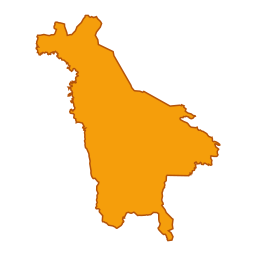 Bere, Worodougou, Ivory Coast
{"feature_id": "98640826B43857880322183", "entity_name": "Bere", "entity_type": "district", "adm_level": 2, "iso_a3": "CIV", "parent_name": "Ivory Coast", "parent_adm1": "Worodougou", "projection": "albers", "projection_center": [-6.135, 8.377], "detail": "fine", "context": "isolated", "style": "filled", "palette": "amber", "viewbox_px": 256, "rotation_deg": 0, "n_neighbors": 0, "source": "geoboundaries", "source_scale": "gbopen_adm2", "svg_char_len": 5645}
<svg xmlns="http://www.w3.org/2000/svg" viewBox="0 0 256 256"><path d="M37.6,35.3L37.5,36.0L37.0,36.7L37.3,37.3L37.9,37.6L37.8,39.0L36.7,41.9L36.8,42.9L36.4,43.6L36.8,44.3L37.6,45.0L37.2,44.9L36.9,45.9L37.9,46.0L38.5,46.9L37.9,46.8L37.1,47.6L36.4,47.6L36.2,48.7L37.4,49.7L37.8,51.2L37.4,52.5L38.4,52.7L39.2,54.8L40.4,54.9L40.8,53.6L41.6,54.0L42.1,53.6L41.9,53.0L42.9,52.4L44.4,53.0L44.8,53.0L45.5,52.2L47.3,52.5L47.8,53.4L47.8,54.2L48.4,54.6L49.3,54.0L50.4,54.4L50.6,54.2L50.1,53.7L50.5,53.1L53.1,51.9L53.5,52.4L53.2,53.4L53.8,53.8L54.0,53.7L54.1,52.3L55.4,51.4L55.7,52.0L56.8,52.3L57.1,53.2L57.9,53.6L57.6,54.5L57.9,55.2L57.0,55.6L56.9,56.1L57.4,56.8L58.0,57.0L58.5,57.9L58.9,58.0L59.3,58.6L60.8,58.1L61.5,58.8L61.8,59.9L64.1,60.2L66.5,62.5L66.6,63.5L67.6,62.8L68.3,64.8L69.1,65.6L69.9,65.9L69.4,67.9L68.0,67.2L67.5,67.5L67.4,68.2L68.8,68.2L69.1,69.0L69.8,69.5L69.9,70.0L70.6,70.3L71.5,71.3L72.7,70.4L73.2,68.8L74.0,68.5L74.6,68.7L75.7,69.8L75.6,70.6L77.6,71.6L78.1,72.5L77.9,73.0L76.7,73.5L76.4,74.5L76.6,74.8L78.0,75.4L78.2,75.8L75.9,77.2L75.6,78.3L75.9,79.6L75.8,81.0L74.2,81.5L74.3,81.7L75.5,81.8L76.0,82.6L75.5,82.9L74.6,82.5L73.5,82.7L72.9,81.5L72.4,81.3L72.5,82.4L72.1,83.5L71.4,82.9L71.6,82.2L70.6,82.1L70.2,83.3L69.7,83.7L69.7,84.6L69.9,84.9L72.0,85.6L72.2,86.1L72.0,86.5L71.2,86.6L69.9,87.3L68.2,87.2L68.7,87.9L68.9,89.0L69.6,87.9L70.6,88.2L70.9,88.8L70.9,90.0L72.0,91.1L72.4,92.5L70.1,93.6L69.4,93.6L69.2,94.4L68.4,94.7L68.2,96.0L69.9,95.8L71.5,93.9L72.3,93.9L72.2,95.7L73.6,97.8L72.0,98.9L72.1,99.2L73.1,99.7L73.0,100.1L71.7,100.9L70.8,101.1L71.1,101.9L71.9,102.6L72.3,101.7L73.0,101.8L73.7,103.8L73.9,106.0L74.9,107.8L74.4,109.5L73.6,109.8L72.9,111.0L72.5,110.9L72.0,109.8L71.4,109.3L70.5,109.7L70.6,110.4L69.9,111.1L69.8,111.7L70.2,112.9L70.6,113.2L73.4,113.7L74.2,114.6L73.8,117.8L75.8,119.0L75.7,120.1L76.2,120.9L76.2,122.7L77.7,122.1L79.5,122.3L82.4,123.1L84.1,126.4L82.8,127.2L82.7,127.8L83.9,128.3L85.6,128.2L84.7,129.2L83.9,129.5L83.7,130.0L84.2,130.4L85.2,130.6L84.5,132.7L84.9,134.7L84.8,137.1L85.2,139.3L84.5,140.8L85.2,143.3L85.0,144.9L85.5,147.7L86.7,148.7L88.8,153.5L89.2,155.7L89.0,155.9L90.1,161.0L89.8,163.6L91.0,170.8L90.9,173.1L91.4,175.4L92.0,176.9L93.1,178.5L93.7,178.6L95.0,178.3L97.8,181.7L98.8,182.2L98.5,183.8L96.8,186.2L96.7,190.1L98.1,193.3L97.0,195.3L97.1,198.1L96.6,199.3L96.6,200.5L97.3,202.5L96.4,204.1L96.7,206.5L95.8,207.3L95.7,207.9L96.4,208.8L98.6,208.7L99.7,209.6L99.3,210.9L99.4,211.9L102.7,215.7L102.3,220.5L102.6,221.7L104.3,221.9L105.4,222.8L106.3,222.8L108.6,225.2L112.7,225.9L115.2,227.1L116.4,228.2L117.1,228.2L121.2,225.4L122.3,223.8L122.3,223.1L123.4,222.2L123.2,221.5L123.7,221.4L123.7,221.1L122.6,219.4L123.0,217.4L123.2,217.1L123.8,217.0L124.2,218.1L124.6,218.0L124.3,217.0L125.0,216.1L126.5,212.9L128.4,212.3L130.3,213.1L131.5,213.2L133.8,212.2L134.3,212.4L137.6,215.5L139.0,215.3L141.6,215.4L145.7,215.1L146.7,214.8L147.7,215.1L149.3,214.7L150.3,214.7L151.1,214.4L151.5,213.8L152.7,213.1L153.2,212.4L157.0,212.6L158.7,213.9L158.8,219.7L159.2,221.7L160.3,223.8L159.2,226.8L158.2,227.8L158.2,228.6L159.1,230.1L162.5,233.7L163.8,234.5L165.1,234.2L166.0,235.2L166.5,236.4L166.7,237.6L167.4,238.3L167.2,239.4L167.9,240.6L171.9,240.1L173.0,236.7L171.0,232.7L168.4,230.8L172.9,228.7L172.3,224.8L173.0,219.2L172.1,218.6L166.2,212.6L165.0,209.7L161.8,205.4L162.3,204.7L163.2,204.2L163.0,203.0L162.1,201.5L161.7,199.8L162.5,196.1L162.0,192.9L162.9,190.5L162.8,189.8L163.5,188.8L163.6,188.2L164.5,187.6L164.4,186.5L164.8,185.5L164.8,184.5L164.3,182.9L164.7,182.1L166.2,180.7L166.4,176.2L167.1,175.3L188.8,175.7L189.3,174.8L190.8,174.6L190.7,174.0L190.1,173.4L190.1,173.1L191.8,173.5L192.4,170.8L194.4,170.2L194.7,169.3L194.3,168.1L194.6,167.8L195.4,168.1L195.9,167.8L196.0,167.3L195.4,165.8L195.7,165.4L195.6,164.4L194.5,163.1L194.7,162.7L196.1,162.0L196.5,162.3L197.1,163.9L199.4,163.6L200.4,162.4L201.2,163.0L201.4,164.2L201.8,164.4L203.5,164.5L204.2,163.2L205.1,163.2L208.2,165.0L208.2,164.5L208.6,164.2L210.2,165.2L211.5,165.0L211.8,164.7L211.5,162.3L211.9,160.4L210.6,158.1L211.0,156.5L210.8,156.1L211.2,155.9L213.9,156.4L216.7,156.4L217.2,156.0L218.0,154.8L217.4,153.6L217.2,151.7L217.7,150.3L218.6,149.5L218.6,149.1L215.8,146.9L214.8,144.1L216.0,143.8L218.0,145.1L218.6,145.2L219.7,145.2L219.8,144.8L219.6,144.3L217.6,142.7L215.8,141.8L214.4,141.4L213.8,141.7L212.7,141.2L212.4,140.7L212.4,138.8L212.0,137.4L211.7,137.6L208.9,136.5L207.8,135.4L206.8,133.7L202.9,131.3L201.8,131.2L200.2,130.0L199.4,130.3L198.5,130.2L198.3,129.7L197.6,129.1L197.2,127.2L195.6,127.7L191.2,127.2L189.5,125.9L188.1,123.9L186.9,122.8L183.9,121.6L180.5,119.7L180.0,118.8L180.3,117.8L180.7,117.6L183.1,117.6L183.3,116.8L183.7,116.5L185.1,116.8L186.0,116.2L188.5,116.9L189.2,117.8L190.7,118.6L191.7,118.7L193.1,118.1L194.2,116.6L195.3,116.2L195.1,115.8L193.0,115.4L191.3,114.0L187.9,113.0L185.3,111.2L186.0,108.9L183.9,107.4L183.8,106.4L184.1,105.9L181.8,104.9L181.8,105.6L181.4,105.7L179.9,105.2L170.1,106.1L143.8,91.4L142.7,92.3L139.9,91.2L134.8,90.8L133.9,90.3L131.7,87.6L130.8,85.1L113.9,55.7L113.1,51.6L98.4,44.5L97.8,39.8L95.3,35.3L96.5,32.0L100.3,27.1L101.6,23.5L100.4,21.4L97.5,18.6L96.5,16.7L96.0,17.0L95.5,16.9L95.2,17.3L94.1,17.2L93.9,17.6L93.3,17.6L91.7,16.6L90.3,17.3L89.3,16.8L88.2,15.4L85.6,15.4L85.2,15.7L84.9,17.2L83.6,18.5L81.4,22.5L76.9,26.9L76.1,29.3L75.2,31.1L74.4,31.8L71.7,34.7L70.6,34.6L67.3,35.4L66.8,32.6L64.6,26.5L64.5,24.1L63.8,23.8L59.8,22.8L59.2,22.9L56.9,22.1L55.4,22.3L54.8,23.7L55.0,24.8L54.1,26.2L54.1,28.0L54.9,28.8L56.4,29.4L55.0,33.5L54.2,34.5L53.2,34.8L51.3,34.8L49.6,35.6L47.8,35.4L43.9,34.5L40.1,35.3L37.6,35.3Z" fill="#f59e0b" stroke="#b45309" stroke-width="1.5"/></svg>